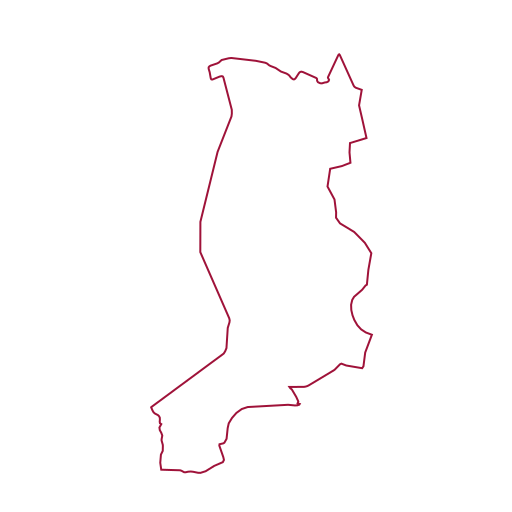 SVG path tracing the border of Sila, rotated 77°
{"feature_id": "TCD-5582", "entity_name": "Sila", "entity_type": "Prefecture", "adm_level": 1, "iso_a3": "TCD", "parent_name": "Chad", "parent_adm1": "", "projection": "orthographic", "projection_center": [21.327, 12.006], "detail": "fine", "context": "isolated", "style": "outline", "palette": "rose", "viewbox_px": 512, "rotation_deg": 77, "n_neighbors": 0, "source": "natural_earth", "source_scale": "10m", "svg_char_len": 2467}
<svg xmlns="http://www.w3.org/2000/svg" viewBox="0 0 512 512"><g transform="rotate(77 256 256)"><path d="M404.1,388.9L401.4,388.7L398.5,386.1L397.3,387.2L395.8,387.1L394.0,386.5L391.9,386.1L390.3,386.5L389.0,387.3L386.7,390.0L385.2,391.0L383.2,391.6L379.8,392.2L379.7,392.1L343.8,309.4L341.9,307.5L339.1,305.5L319.7,299.7L314.7,296.8L312.8,296.1L310.6,296.1L239.7,309.4L210.2,302.5L145.9,270.0L114.5,248.5L111.8,247.5L108.1,246.7L75.0,247.6L73.7,247.9L73.2,248.6L73.0,249.4L73.0,251.1L74.2,258.4L74.2,259.1L73.9,259.7L73.3,260.0L72.4,260.1L66.6,259.8L63.2,260.0L62.1,259.9L61.4,259.6L60.7,258.7L60.3,257.4L59.6,250.4L59.1,248.6L57.3,245.4L57.2,238.1L57.5,235.5L65.8,212.2L69.6,203.9L70.2,202.9L71.0,201.9L71.5,201.5L72.0,201.1L72.5,200.8L73.3,200.1L74.2,199.0L77.2,194.6L81.9,190.2L85.0,185.4L85.9,184.4L86.8,183.6L87.3,183.2L87.8,182.9L89.8,182.0L91.8,180.5L92.3,179.8L92.5,179.2L92.4,178.8L92.2,178.2L91.5,177.2L87.5,173.1L86.8,172.1L86.6,171.3L86.6,170.3L87.4,168.8L96.0,157.4L96.6,156.9L97.3,156.7L98.0,156.9L98.7,157.0L99.6,156.9L100.6,156.5L101.9,154.9L102.4,153.8L102.6,152.8L102.4,149.9L102.6,148.1L102.4,147.0L102.1,146.3L101.7,145.8L101.2,145.5L100.8,145.2L100.2,145.3L99.0,145.7L98.4,145.8L97.8,145.5L79.4,131.1L78.4,130.2L78.2,129.6L79.1,129.1L111.6,122.6L112.9,122.2L113.5,121.8L114.5,120.9L117.9,115.6L132.4,121.7L146.6,121.7L165.9,121.8L167.1,139.0L176.1,141.6L186.4,143.0L187.7,152.2L187.7,164.1L204.4,170.7L218.6,166.8L231.5,168.1L236.7,169.4L243.1,166.8L254.7,154.9L267.6,147.0L279.2,143.0L294.7,149.6L308.9,154.4L309.4,155.9L312.8,160.2L317.8,169.6L320.4,172.1L324.9,174.3L330.1,175.3L335.4,175.3L340.4,174.6L346.3,172.8L351.1,170.1L355.2,166.2L358.8,160.8L374.6,171.3L387.6,176.1L389.2,177.8L383.0,192.7L380.1,197.0L380.4,198.5L384.6,205.1L394.0,234.0L394.3,235.5L394.4,237.1L394.3,238.7L391.1,252.9L391.9,252.6L392.7,252.2L394.1,251.1L402.3,248.5L407.2,247.5L408.9,248.6L410.0,246.7L410.6,247.3L410.8,249.3L410.4,251.6L408.2,258.2L401.3,298.1L401.9,304.3L404.5,310.4L408.4,315.8L412.9,320.2L417.3,322.3L427.5,325.8L430.8,328.8L431.2,330.0L431.2,333.9L432.5,334.4L444.6,333.1L447.5,333.1L449.4,334.7L451.1,343.9L454.4,353.5L454.5,355.1L454.8,358.9L454.2,361.2L452.1,365.8L451.3,368.1L450.9,370.7L450.9,373.3L450.5,374.7L448.5,376.9L447.7,378.2L442.9,396.4L435.9,395.8L428.1,393.3L424.9,390.7L420.2,389.5L419.0,389.3L414.5,389.5L413.3,389.2L410.8,388.1L409.8,387.7L406.8,388.1L404.1,388.9Z" fill="none" stroke="#9f1239" stroke-width="2"/></g></svg>